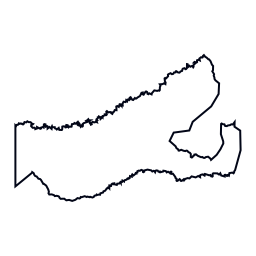 outline of Assis Brasil, Acre, Brazil
{"feature_id": "56859067B14665514610138", "entity_name": "Assis Brasil", "entity_type": "district", "adm_level": 2, "iso_a3": "BRA", "parent_name": "Brazil", "parent_adm1": "Acre", "projection": "robinson", "projection_center": [-69.972, -10.719], "detail": "fine", "context": "isolated", "style": "outline", "palette": "ink", "viewbox_px": 256, "rotation_deg": 0, "n_neighbors": 0, "source": "geoboundaries", "source_scale": "gbopen_adm2", "svg_char_len": 5861}
<svg xmlns="http://www.w3.org/2000/svg" viewBox="0 0 256 256"><path d="M88.9,120.3L88.5,120.9L86.8,120.5L86.2,120.8L87.4,121.9L83.8,123.1L83.0,123.7L82.8,126.2L82.4,126.6L81.9,126.5L81.6,125.5L80.7,126.7L79.4,123.6L78.9,123.0L78.7,125.4L78.0,125.2L77.5,124.6L77.4,122.2L75.7,123.7L74.4,123.0L73.9,123.9L71.9,124.2L71.6,126.6L71.0,126.8L69.6,126.5L68.6,127.3L67.7,125.2L66.3,125.0L66.0,126.0L66.4,127.2L65.4,127.4L64.8,126.5L63.2,126.3L62.3,126.6L62.2,129.3L61.8,130.0L59.3,129.9L58.7,127.9L56.8,129.5L56.2,128.8L55.2,128.5L54.7,127.8L54.7,127.2L52.7,127.2L52.3,127.0L52.0,126.2L51.4,127.3L51.7,128.2L51.6,128.9L49.4,127.0L47.6,128.5L47.6,126.4L47.0,126.0L45.6,126.8L45.2,126.4L45.5,124.4L44.6,124.1L43.9,124.4L43.6,127.5L42.8,127.0L40.8,127.7L41.0,128.5L40.3,128.8L37.1,127.1L37.2,128.4L35.3,129.1L35.2,128.3L34.6,127.7L32.7,127.8L31.1,126.1L31.3,124.8L32.5,124.6L33.1,124.0L31.5,123.4L31.1,122.6L30.3,122.1L28.6,122.1L27.3,121.3L26.2,122.4L24.5,122.1L23.6,124.1L23.1,124.4L22.7,123.8L21.9,124.0L20.9,123.4L19.7,123.9L18.9,123.3L17.9,124.8L16.6,124.9L16.0,126.2L15.4,125.5L15.4,186.4L32.0,172.8L32.2,172.1L33.7,173.2L34.2,174.7L35.2,176.0L36.7,176.5L38.4,178.7L40.0,179.0L40.9,179.8L43.3,183.9L43.8,183.8L46.2,185.6L48.2,189.4L48.9,191.7L48.5,193.3L49.3,194.5L51.7,194.4L53.9,195.1L54.8,196.1L56.7,195.8L58.3,196.2L59.0,196.6L59.6,197.9L60.6,198.8L64.2,198.7L66.3,200.3L69.1,199.9L72.2,200.9L75.4,199.8L77.5,198.1L79.5,198.5L80.1,198.2L80.8,197.0L81.6,197.2L84.7,196.2L86.7,197.0L87.3,196.6L89.8,197.2L90.2,196.8L92.4,197.5L93.7,197.0L94.5,195.7L96.1,195.4L96.6,194.6L97.1,195.0L98.8,194.6L100.1,194.7L100.4,193.3L103.1,192.5L103.5,191.3L105.2,190.7L106.7,188.5L108.1,188.2L107.6,187.8L108.0,187.4L108.8,187.3L109.3,188.0L109.3,185.4L110.0,185.4L109.9,186.3L111.1,186.0L111.6,184.2L112.4,183.6L113.2,184.1L113.7,183.4L114.3,183.3L114.4,184.3L116.8,184.9L117.2,183.7L119.3,183.5L120.3,182.2L120.8,183.0L120.8,182.1L122.1,181.9L122.4,180.5L124.1,181.5L124.3,180.6L124.9,180.1L126.5,179.7L127.3,178.7L127.9,178.9L128.3,178.2L129.0,178.5L129.6,178.2L130.0,176.1L131.8,176.7L131.8,175.3L132.3,174.4L133.5,175.5L135.6,173.7L136.3,173.6L136.0,172.8L137.4,172.4L137.4,171.2L138.7,170.6L139.8,170.8L141.3,169.9L142.9,170.5L143.0,172.0L143.5,172.2L144.2,171.7L144.1,170.9L144.6,170.4L147.5,169.6L151.3,170.4L152.3,171.5L153.7,170.8L154.3,171.0L155.1,172.2L155.6,170.7L156.3,170.4L157.7,170.6L158.3,171.5L159.8,171.5L159.7,172.2L160.2,172.3L163.2,171.5L163.4,170.7L165.8,171.1L166.7,172.4L168.0,171.7L169.4,172.6L171.0,171.6L171.4,171.9L170.6,173.6L171.3,173.9L172.9,173.7L175.3,176.9L175.4,177.8L176.6,178.8L176.4,180.2L176.7,180.9L177.5,180.9L179.6,179.1L180.3,179.7L180.7,180.8L181.7,180.9L183.7,179.3L184.1,180.3L185.3,178.9L187.6,178.1L189.5,178.4L191.6,176.4L195.7,177.4L198.2,176.0L200.1,177.1L200.0,175.5L200.5,175.0L202.4,174.4L204.6,175.6L204.8,175.0L204.2,174.3L204.8,173.9L209.2,175.3L210.4,175.0L211.1,176.3L212.4,176.6L212.8,176.0L212.5,175.2L212.8,173.6L213.4,173.3L217.5,173.4L218.6,174.4L219.3,174.5L220.3,173.3L221.2,175.5L224.7,176.5L224.7,174.9L225.4,174.8L227.0,176.0L227.6,175.8L227.5,175.0L228.0,174.9L228.9,175.6L229.4,173.1L232.3,172.6L233.5,173.3L234.1,172.5L234.2,171.4L235.1,170.1L240.6,150.2L240.2,130.6L234.5,126.7L234.6,122.1L232.8,124.5L231.3,124.3L230.1,125.1L227.8,125.5L226.9,126.1L225.2,126.0L224.4,124.3L223.1,124.3L221.6,123.5L221.1,123.9L220.9,134.2L223.2,141.3L223.3,143.5L220.4,149.3L216.7,154.8L211.0,159.9L210.4,158.6L208.1,156.7L205.8,157.1L204.7,157.9L203.4,157.8L202.4,157.0L201.1,157.2L197.8,155.8L195.9,154.3L194.4,154.6L194.4,155.3L193.2,156.0L192.3,157.3L191.7,157.5L190.8,157.0L190.8,154.0L189.9,152.8L188.4,152.1L187.3,150.8L186.3,150.6L185.4,151.1L183.7,150.8L181.2,149.8L179.0,150.7L178.5,150.5L178.2,149.4L176.5,148.2L175.6,146.3L169.6,141.0L173.7,132.6L189.3,130.5L192.7,121.8L211.2,106.4L218.6,94.0L219.1,83.3L215.4,80.3L214.5,78.9L214.4,77.4L213.7,75.7L214.1,74.2L212.3,71.3L213.0,70.2L213.1,66.0L211.9,64.6L210.6,61.3L209.1,59.4L208.4,59.3L206.5,57.5L205.3,56.9L203.9,55.1L203.0,55.9L202.7,57.3L202.0,57.6L201.1,57.2L199.4,58.5L199.8,60.4L198.6,59.8L197.0,60.3L197.1,62.1L196.6,62.5L194.5,61.9L193.9,62.6L195.0,62.7L195.4,63.2L193.3,65.3L193.6,66.7L193.2,67.3L192.6,66.4L191.9,66.0L190.4,66.7L189.2,65.7L188.4,66.7L188.0,66.2L187.6,64.2L187.0,64.1L186.9,68.2L186.0,69.1L185.4,69.2L184.6,68.2L183.0,68.6L182.4,69.3L182.1,70.9L180.6,71.4L179.5,72.6L178.1,72.5L176.4,71.2L175.8,71.3L175.5,72.4L174.0,72.5L173.3,73.8L171.9,74.2L170.6,73.2L168.4,74.2L167.9,74.7L168.1,76.2L166.2,78.3L165.7,78.6L165.1,78.0L164.6,78.4L164.9,81.2L165.6,82.5L165.4,84.1L164.0,83.3L162.6,84.1L159.8,84.3L160.5,85.6L159.9,87.1L159.8,90.1L159.3,90.7L158.5,90.4L157.2,90.9L154.3,90.4L151.9,93.2L151.6,94.4L149.2,93.3L148.4,94.2L147.5,93.8L147.1,92.0L146.3,91.5L145.6,91.6L143.6,94.7L142.7,94.3L142.7,92.5L141.5,92.8L140.0,96.0L137.5,97.5L136.4,98.5L135.6,98.6L134.9,98.0L133.2,100.0L132.3,99.8L130.6,97.2L129.7,97.7L129.3,98.6L129.8,99.5L129.2,100.1L128.2,99.5L127.5,99.6L127.2,101.2L126.2,100.3L126.0,101.6L125.6,102.1L123.6,101.7L122.5,103.8L122.7,105.5L121.6,105.4L121.1,106.0L119.4,104.9L118.8,106.9L117.3,106.0L116.3,106.5L116.5,110.2L114.7,110.1L114.0,111.7L113.2,112.1L112.3,113.9L111.2,113.2L111.2,112.3L110.1,112.0L108.4,112.4L106.9,111.1L106.3,111.6L106.8,114.5L106.4,115.0L105.8,114.9L105.6,114.3L105.0,114.3L105.3,115.2L104.2,115.3L103.3,116.2L102.7,116.1L102.6,117.5L102.0,116.9L101.3,117.1L101.2,118.3L100.5,119.0L100.0,117.0L98.9,116.5L98.8,117.3L97.8,117.3L97.8,118.2L96.5,119.3L97.3,120.4L96.4,120.8L96.9,122.2L95.6,121.7L94.9,122.3L94.0,122.4L92.6,121.8L91.4,123.1L91.7,124.3L91.0,124.6L90.9,123.6L90.2,123.6L89.8,123.0L89.9,122.2L89.1,121.0L90.2,120.3L88.9,120.3ZM88.9,120.3L88.3,119.2L87.9,119.6L88.3,120.0L88.9,120.3ZM121.6,105.4L121.6,104.5L121.0,104.4L121.6,105.4Z" fill="none" stroke="#020617" stroke-width="2"/></svg>